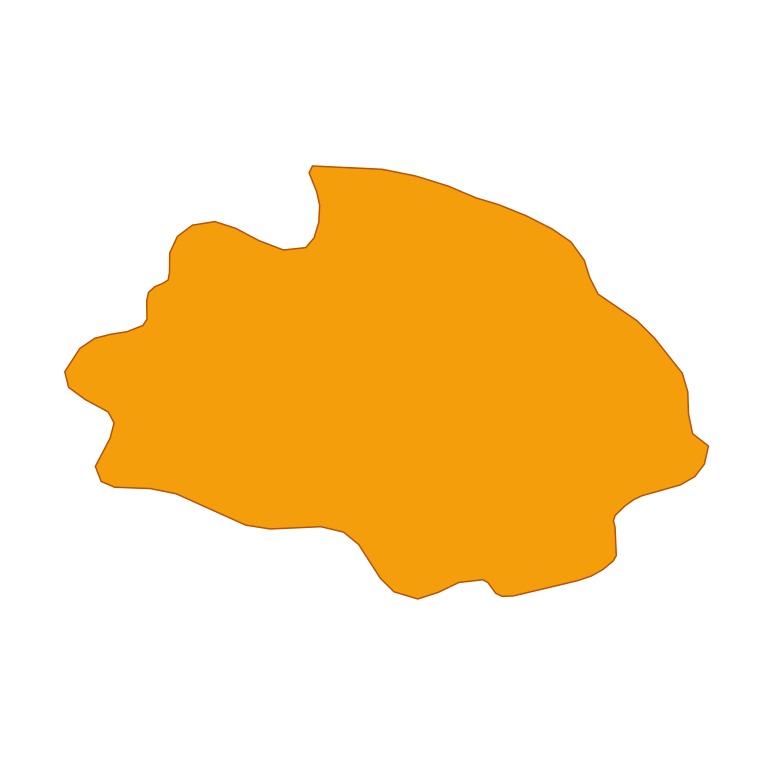 SVG path tracing the border of Abra, rotated 84°
{"feature_id": "PHL-2542", "entity_name": "Abra", "entity_type": "Province", "adm_level": 1, "iso_a3": "PHL", "parent_name": "Philippines", "parent_adm1": "", "projection": "robinson", "projection_center": [120.806, 17.561], "detail": "fine", "context": "isolated", "style": "filled", "palette": "amber", "viewbox_px": 768, "rotation_deg": 84, "n_neighbors": 0, "source": "natural_earth", "source_scale": "10m", "svg_char_len": 1181}
<svg xmlns="http://www.w3.org/2000/svg" viewBox="0 0 768 768"><g transform="rotate(84 384 384)"><path d="M445.5,84.3L465.7,82.3L479.6,67.8L497.1,73.7L508.5,84.5L515.3,99.7L522.1,139.2L525.1,147.8L530.5,157.2L538.8,167.8L544.0,170.1L550.7,169.2L578.9,170.9L583.9,174.5L591.2,185.4L596.6,197.8L599.8,212.0L608.3,277.6L607.5,288.8L603.8,294.8L592.5,301.3L589.0,306.2L589.2,330.4L596.9,351.9L601.3,372.9L591.7,395.8L576.7,408.0L540.9,426.0L527.0,439.8L519.3,461.8L516.3,512.3L509.9,536.3L471.5,602.1L463.6,627.2L458.5,662.7L451.4,675.4L435.8,679.7L409.2,662.0L394.5,656.5L383.0,661.2L368.2,682.8L354.4,698.0L338.4,700.2L316.8,682.7L308.3,666.9L306.0,650.6L305.1,634.1L300.6,617.7L294.7,612.9L276.4,611.3L268.3,608.6L263.3,601.8L261.0,594.0L258.0,587.8L250.7,585.7L231.2,583.4L215.6,574.0L206.0,557.9L204.8,535.3L213.6,515.4L228.4,493.3L240.2,470.1L240.2,447.6L231.3,438.2L216.2,431.9L199.5,429.3L185.9,430.8L166.2,436.4L159.7,432.4L170.3,363.3L180.5,330.7L193.9,299.5L208.5,273.1L217.8,250.9L231.6,225.0L247.3,200.7L262.3,183.2L281.9,171.9L299.7,168.3L317.0,161.7L347.4,125.9L366.6,110.2L404.5,86.2L423.7,82.7L445.5,84.3Z" fill="#f59e0b" stroke="#b45309" stroke-width="1.5"/></g></svg>